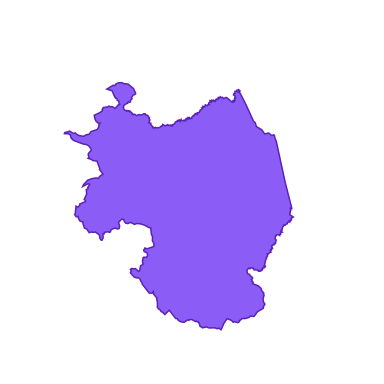 Chon Daen, Phetchabun, Thailand, rotated 136°
{"feature_id": "78962969B86434442004691", "entity_name": "Chon Daen", "entity_type": "district", "adm_level": 2, "iso_a3": "THA", "parent_name": "Thailand", "parent_adm1": "Phetchabun", "projection": "orthographic", "projection_center": [100.793, 16.112], "detail": "fine", "context": "isolated", "style": "filled", "palette": "violet", "viewbox_px": 384, "rotation_deg": 136, "n_neighbors": 0, "source": "geoboundaries", "source_scale": "gbopen_adm2", "svg_char_len": 6039}
<svg xmlns="http://www.w3.org/2000/svg" viewBox="0 0 384 384"><g transform="rotate(136 192 192)"><path d="M243.3,322.6L240.7,320.0L240.0,318.2L240.0,317.1L241.5,314.9L241.4,311.4L236.9,302.0L234.7,299.1L234.3,296.8L234.6,293.5L235.2,292.1L239.7,291.7L240.9,290.8L241.9,288.5L243.4,288.5L241.6,285.0L241.6,283.7L238.9,280.2L242.2,272.7L242.9,272.4L243.7,266.6L246.5,267.3L250.3,267.0L251.1,268.7L254.5,271.0L258.8,273.0L264.6,272.7L266.8,271.9L260.9,270.1L260.3,268.6L263.9,267.6L264.5,266.6L266.5,267.1L269.2,263.7L274.8,261.5L274.5,259.9L275.2,259.1L281.1,261.3L282.0,260.4L284.3,260.4L284.9,260.9L285.2,262.4L290.8,257.7L292.1,257.2L292.5,254.6L290.9,253.5L292.0,252.0L292.8,248.9L291.3,246.0L292.5,244.9L294.4,240.7L293.4,238.4L294.2,234.2L292.4,233.3L290.4,230.9L289.3,230.5L288.5,225.4L290.6,222.3L290.8,220.5L290.2,219.8L287.7,220.8L285.3,223.7L284.4,222.9L283.0,223.8L280.2,221.9L279.2,220.0L278.0,220.1L277.2,221.0L274.6,220.6L272.4,219.3L271.1,216.9L269.5,216.4L267.6,217.9L265.9,221.2L261.5,221.3L260.3,219.9L261.2,217.7L261.3,215.5L260.2,214.0L257.3,212.7L255.8,208.6L253.9,207.9L251.2,204.9L249.2,201.1L247.6,196.1L246.6,195.0L250.8,189.4L251.2,187.6L254.4,184.4L255.3,181.1L257.3,179.3L263.5,182.2L265.0,184.5L265.6,183.9L266.8,184.0L267.8,182.4L266.6,179.7L267.9,177.1L270.4,176.8L271.8,178.5L272.9,178.7L276.0,176.3L277.4,174.1L280.4,174.6L284.2,171.8L285.6,172.0L285.9,176.2L287.6,177.5L288.4,178.9L290.1,179.1L290.6,177.3L292.5,176.7L292.7,170.9L291.6,168.8L290.1,167.4L289.9,165.3L290.9,163.1L290.8,161.9L291.8,160.3L293.0,149.0L290.8,146.8L289.1,147.2L290.6,144.9L291.0,139.9L291.9,139.4L293.4,136.8L297.0,133.1L297.3,131.4L296.8,129.0L297.3,127.5L296.6,125.7L296.7,122.7L290.5,122.8L291.6,112.3L290.6,111.2L291.0,109.1L290.1,106.1L288.1,103.7L284.6,103.2L283.4,102.4L283.4,101.8L282.5,102.0L280.7,100.4L279.5,96.4L278.6,96.1L278.5,94.9L277.5,94.0L279.6,89.5L278.8,88.2L278.8,87.0L275.3,84.9L274.3,82.5L269.9,78.4L268.9,76.2L267.2,75.3L266.8,72.7L260.0,75.4L254.8,76.5L252.9,72.5L252.8,69.6L251.4,69.1L249.8,66.2L247.9,65.8L247.1,66.6L245.6,66.1L244.2,66.3L241.3,63.8L238.2,62.2L236.1,62.2L234.4,59.9L233.4,59.4L228.1,60.4L221.5,58.8L220.2,59.9L217.4,60.7L217.0,63.2L215.0,65.9L211.9,67.6L211.5,69.0L210.6,69.3L210.3,72.9L209.3,74.7L209.4,78.2L212.1,84.0L210.7,84.6L211.1,85.7L210.1,86.8L210.3,87.7L208.3,87.8L207.9,88.5L208.3,91.5L207.8,92.7L208.7,94.7L206.9,97.6L204.1,97.9L203.6,96.5L202.7,96.7L201.6,96.0L201.5,94.8L200.9,94.4L201.4,92.7L199.3,90.9L199.2,88.9L198.5,88.9L198.6,88.2L197.6,87.4L195.8,87.9L195.9,87.2L195.3,87.3L193.9,87.7L193.7,88.3L192.9,88.1L192.6,87.3L191.5,87.3L190.8,87.5L191.2,88.7L190.6,88.6L189.4,90.2L188.8,90.1L186.5,91.8L184.5,92.5L184.2,93.1L182.1,93.5L180.9,95.1L180.1,94.3L178.2,94.5L177.1,93.8L176.1,95.8L175.4,95.9L175.1,95.1L173.8,96.2L173.3,95.5L172.1,97.9L170.4,97.8L169.7,97.0L168.4,97.9L167.8,97.0L164.8,99.0L164.8,100.6L162.4,102.3L161.7,102.0L161.1,102.5L159.7,101.7L159.2,100.0L158.8,100.6L157.6,99.9L156.2,101.6L155.3,100.7L155.4,101.8L154.4,101.6L154.4,102.5L153.2,102.3L151.3,103.9L150.0,103.8L149.0,104.5L148.1,103.4L147.5,103.8L145.4,102.9L145.1,103.6L144.0,103.8L142.7,102.5L141.6,102.7L141.8,103.6L139.8,102.8L138.8,104.2L136.5,103.6L137.4,107.8L136.1,109.1L135.7,108.8L134.3,110.1L133.3,110.3L132.7,112.1L132.0,111.9L131.6,111.0L130.8,112.2L118.2,134.3L96.1,170.0L94.7,173.6L93.3,175.5L93.5,176.4L95.4,177.2L95.8,181.1L99.4,183.3L98.6,188.2L100.2,194.5L98.4,197.8L98.5,200.4L92.4,217.6L88.7,229.7L89.3,231.6L88.6,231.0L87.3,231.3L87.9,232.6L86.7,233.5L87.6,233.2L89.0,234.1L89.8,233.5L91.3,234.5L92.4,233.2L93.5,233.7L94.7,233.1L94.3,230.9L96.0,229.9L95.6,229.5L96.7,229.3L97.0,228.3L97.9,227.9L98.1,228.4L98.7,228.0L98.7,229.2L99.2,229.2L99.4,228.1L99.9,228.1L100.3,228.9L100.8,228.7L101.4,235.7L102.0,236.5L104.1,237.1L104.5,239.2L105.6,239.8L105.5,240.8L106.4,240.6L106.8,241.3L107.4,241.0L107.6,241.6L108.7,240.7L109.3,241.6L109.9,241.2L110.7,242.0L112.5,241.1L112.6,242.9L113.4,242.6L113.8,244.1L114.8,243.5L114.6,244.2L115.5,245.2L116.0,243.7L116.7,244.4L118.2,244.4L118.7,242.9L119.3,243.7L121.0,243.6L121.8,245.2L122.3,244.6L123.3,245.1L123.9,244.7L124.8,246.1L125.3,245.0L126.5,245.7L126.4,244.9L128.0,244.7L129.0,245.3L131.4,244.2L132.8,245.1L134.0,244.3L133.9,245.3L134.4,245.2L135.1,246.1L135.7,245.5L136.6,246.1L137.6,245.5L138.3,246.1L140.3,245.9L140.9,245.3L141.1,245.8L142.2,245.8L142.6,246.7L142.2,247.4L143.2,248.4L143.8,247.0L144.9,248.5L146.1,248.0L145.6,248.8L148.1,248.6L148.2,249.4L149.3,249.7L149.8,251.0L149.5,251.7L151.0,251.2L150.5,251.8L151.3,252.0L151.0,252.6L152.7,253.5L152.8,252.8L155.4,253.9L157.1,253.2L159.5,254.0L159.6,253.3L160.4,253.2L160.8,253.7L160.2,253.9L161.2,254.2L160.9,254.8L161.3,255.4L162.6,256.0L162.6,257.2L163.3,257.0L164.0,257.9L165.4,258.1L166.0,260.9L167.8,260.2L168.0,260.7L170.5,260.9L173.0,262.7L173.3,263.8L175.2,264.7L175.5,265.6L174.7,266.2L175.0,267.2L174.5,270.4L174.0,270.3L174.8,271.9L174.2,271.8L173.0,273.1L172.3,273.0L171.7,274.9L171.1,275.0L170.7,278.1L171.9,279.9L171.3,280.6L172.4,281.9L174.2,282.2L176.3,283.9L176.2,284.4L178.9,285.6L179.3,287.9L180.3,288.3L180.9,289.6L180.3,289.8L180.4,293.2L181.1,293.0L181.5,294.1L181.2,294.5L182.7,295.6L182.3,296.0L183.3,296.8L183.6,298.4L182.9,300.4L182.1,300.5L181.0,301.7L177.4,301.0L176.8,300.4L175.3,301.2L174.6,299.9L173.6,299.6L172.7,300.7L170.4,300.7L169.6,302.1L166.8,302.7L165.8,301.9L164.3,301.8L163.9,302.3L162.2,307.1L163.1,314.1L165.8,317.4L166.6,319.5L168.8,321.5L171.2,322.5L173.6,322.2L174.6,323.6L181.8,325.2L179.2,320.2L181.6,313.9L181.8,312.4L181.3,312.0L181.3,310.8L182.1,310.0L181.5,308.4L182.8,306.6L183.0,304.6L183.3,305.5L184.5,305.9L189.2,305.5L190.1,309.0L191.4,309.9L192.0,311.5L193.5,311.7L197.1,314.4L199.1,313.8L200.2,312.7L203.4,313.2L209.0,315.1L211.0,312.2L211.9,309.4L211.7,306.9L210.2,305.4L212.6,304.9L213.9,303.6L216.8,302.8L222.7,305.6L225.8,305.0L228.3,306.6L231.5,307.5L234.0,311.1L234.9,313.5L234.9,315.5L236.4,316.3L237.8,320.8L242.3,323.1L243.3,322.6Z" fill="#8b5cf6" stroke="#5b21b6" stroke-width="1.5"/></g></svg>